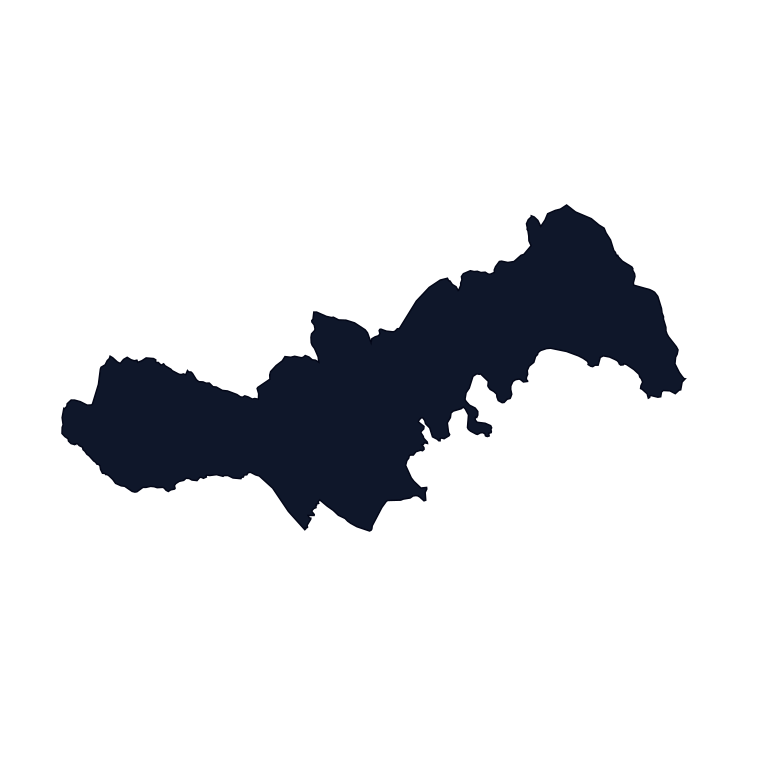 the district of Magu, Mwanza, United Republic of Tanzania, rotated 136°
{"feature_id": "72390352B80484439449184", "entity_name": "Magu", "entity_type": "district", "adm_level": 2, "iso_a3": "TZA", "parent_name": "United Republic of Tanzania", "parent_adm1": "Mwanza", "projection": "equal_earth", "projection_center": [33.405, -2.609], "detail": "fine", "context": "isolated", "style": "filled", "palette": "ink", "viewbox_px": 768, "rotation_deg": 136, "n_neighbors": 0, "source": "geoboundaries", "source_scale": "gbopen_adm2", "svg_char_len": 6171}
<svg xmlns="http://www.w3.org/2000/svg" viewBox="0 0 768 768"><g transform="rotate(136 384 384)"><path d="M117.4,343.2L118.9,349.0L120.0,358.9L126.7,374.7L128.3,385.9L135.7,387.3L140.2,389.9L148.0,392.8L154.3,390.1L161.8,388.4L159.7,394.8L159.9,399.8L161.2,402.7L162.0,401.9L166.0,402.0L170.2,400.3L172.7,396.4L173.5,396.1L174.1,394.1L177.0,390.0L180.3,386.3L182.1,381.3L193.4,380.1L196.0,381.4L205.4,381.8L210.5,385.4L214.1,390.7L215.9,392.0L222.3,390.9L225.4,389.5L227.1,387.6L231.6,389.3L232.8,391.0L233.5,394.1L236.9,396.9L238.5,400.2L241.1,402.3L243.2,405.5L250.3,408.2L253.7,407.5L255.6,404.8L258.8,403.3L260.2,401.7L265.4,399.5L265.8,399.7L264.6,403.9L265.7,408.1L265.0,412.4L265.5,412.8L265.5,414.2L264.9,416.0L271.3,419.7L284.4,422.1L303.1,421.2L334.5,413.2L336.0,414.5L339.2,414.3L341.1,415.1L345.5,420.3L348.1,425.6L349.1,426.2L350.4,425.8L351.9,423.1L354.3,422.5L357.6,424.1L361.3,425.0L364.7,422.6L360.3,432.3L359.9,436.1L362.7,448.4L367.0,456.3L372.1,461.6L374.0,467.2L375.6,468.3L378.5,472.7L382.5,482.5L384.5,484.5L390.0,480.0L391.9,479.8L392.8,478.7L393.2,474.9L395.4,471.5L396.6,470.7L401.3,470.4L404.1,468.3L407.7,464.2L408.8,461.6L409.3,457.8L412.5,449.3L415.8,444.9L416.8,448.8L418.8,451.2L419.2,455.5L420.9,459.2L423.4,459.3L425.2,460.3L429.0,466.0L432.5,468.0L436.2,472.5L441.1,471.3L448.8,472.2L456.9,471.7L460.0,469.8L462.7,466.7L477.1,469.2L478.4,468.9L480.9,464.1L484.9,460.3L487.1,463.4L489.2,464.6L490.7,469.1L492.4,472.2L494.8,472.7L496.2,474.4L497.1,478.6L501.4,487.7L504.8,491.8L506.7,498.3L508.9,500.8L509.0,506.0L511.5,508.3L512.7,511.2L515.6,514.3L516.0,517.4L514.4,524.7L514.5,526.7L516.1,528.4L516.0,530.2L520.2,528.4L521.3,530.6L523.4,531.7L524.7,533.5L527.1,540.7L527.0,542.6L528.8,549.2L528.5,551.6L531.3,552.4L531.4,556.3L532.9,557.7L532.6,558.9L531.4,559.9L532.1,562.4L537.0,568.0L542.2,569.0L546.1,570.7L545.2,572.8L547.5,574.2L549.1,577.2L550.2,581.6L554.3,582.6L559.4,582.0L560.5,585.0L560.9,591.3L561.7,594.3L563.9,593.1L566.8,593.1L571.3,591.5L575.9,592.6L577.6,591.8L589.7,582.1L607.5,572.2L608.9,572.1L612.2,575.0L614.7,582.2L617.7,587.3L620.2,589.8L625.6,589.9L627.8,588.2L631.0,588.2L631.2,588.9L638.9,583.4L643.2,577.5L645.6,576.4L650.0,572.1L650.1,567.9L649.3,564.1L650.6,562.1L650.5,558.5L648.8,555.6L648.5,555.9L647.8,554.9L647.5,555.4L646.0,554.1L646.0,551.3L644.8,548.0L646.1,545.8L645.9,543.4L646.5,539.9L646.0,537.0L646.3,530.4L645.8,528.1L646.2,525.8L645.1,524.2L645.2,522.4L647.2,519.5L648.5,515.4L646.9,513.5L647.0,512.0L646.1,511.3L645.6,509.3L645.4,503.8L646.1,499.0L643.8,493.3L641.6,490.6L639.8,481.7L638.3,479.3L636.6,478.1L629.2,477.1L627.1,475.0L623.0,472.5L620.6,469.7L619.2,467.0L614.9,463.3L614.4,461.8L614.6,459.0L613.8,456.5L611.0,456.0L607.6,453.9L606.7,454.1L605.4,456.5L602.9,457.0L598.9,456.2L595.0,453.8L591.9,453.7L589.8,451.4L588.9,448.4L585.6,444.4L581.4,444.8L580.1,443.5L579.4,441.6L576.4,440.5L575.6,441.7L574.6,441.4L572.9,439.2L567.4,435.1L563.9,429.4L562.4,429.1L559.8,426.5L557.9,421.3L552.7,415.3L551.2,415.8L549.8,414.8L547.8,415.7L545.8,414.0L543.2,414.6L541.3,413.1L539.5,407.8L537.6,404.5L536.4,386.5L541.3,358.7L542.2,334.2L541.0,334.2L540.3,335.3L539.6,334.2L538.5,334.1L537.4,335.8L530.7,337.6L529.8,338.3L530.7,339.6L529.9,342.2L525.6,338.0L524.8,338.6L524.5,342.1L523.7,343.0L521.0,343.2L518.8,342.3L517.4,343.8L516.8,343.7L516.3,344.7L513.9,343.5L513.3,345.0L510.7,345.4L509.7,335.7L508.3,328.4L508.0,321.3L505.4,314.3L505.4,310.6L504.7,306.8L502.6,300.1L496.5,288.3L494.8,287.8L493.4,288.2L490.9,290.2L471.2,296.7L463.8,298.0L462.2,297.6L452.6,288.8L450.1,287.8L444.3,283.8L440.9,283.3L438.7,281.7L437.5,280.3L436.8,278.0L436.4,272.2L434.7,271.4L429.7,277.4L426.2,278.7L425.2,280.0L429.7,283.5L430.1,293.1L429.6,297.5L425.0,310.4L420.8,313.0L417.6,313.5L416.1,314.7L414.5,314.7L412.2,312.5L408.1,313.1L403.8,311.0L402.6,309.2L400.5,309.2L399.4,310.6L399.0,313.8L397.7,313.2L395.7,313.6L394.0,311.0L393.2,312.2L393.1,317.4L392.1,319.1L391.3,323.3L390.2,324.0L386.6,324.1L384.7,325.7L385.6,332.7L384.7,333.5L381.4,333.9L380.0,333.4L379.6,332.3L380.1,329.4L381.7,326.6L381.6,320.7L385.8,312.3L384.1,307.4L384.0,305.1L383.1,304.2L381.7,305.6L380.1,305.2L378.8,302.9L373.2,301.6L371.9,302.0L371.2,304.4L365.4,312.1L359.6,313.7L355.9,316.6L353.0,316.4L345.7,312.6L343.0,312.3L342.8,309.9L344.7,303.1L354.2,294.7L354.8,292.7L354.5,290.0L352.5,283.9L351.8,282.8L348.4,281.8L346.5,280.1L346.1,277.6L347.0,276.4L346.8,275.5L346.0,274.3L344.4,273.6L343.0,275.8L340.7,274.6L339.9,275.1L338.7,277.0L337.0,277.7L336.2,279.9L338.5,285.5L343.6,291.8L343.3,294.7L342.3,296.0L341.1,296.6L340.6,295.5L338.1,296.5L335.6,299.1L335.1,303.4L337.2,309.4L337.0,314.6L336.4,316.7L331.0,320.7L325.6,321.8L314.7,327.7L310.2,326.9L308.7,324.8L307.5,324.2L307.1,313.4L310.6,310.5L311.0,309.3L311.4,306.4L310.2,302.3L310.0,298.5L311.8,296.2L313.3,292.7L312.0,288.5L310.4,287.3L306.0,287.5L303.3,286.0L302.0,286.5L299.2,287.9L296.6,292.1L294.1,294.5L289.5,296.3L286.4,295.7L283.5,293.8L282.8,292.7L282.3,288.6L278.9,286.1L278.5,286.6L278.5,288.4L276.7,290.0L274.0,291.1L271.6,294.2L267.2,296.0L261.2,295.5L255.8,298.5L253.2,298.5L251.3,299.6L248.1,299.3L242.5,296.6L239.3,294.0L230.1,280.6L224.6,269.2L222.9,264.2L221.9,259.2L222.4,257.1L223.7,256.3L222.9,253.1L221.8,251.5L219.2,251.0L216.9,248.8L210.0,252.9L206.7,251.9L203.0,246.7L200.8,241.1L200.0,238.5L200.2,236.2L200.8,235.2L200.6,233.2L198.6,231.6L197.6,232.0L196.1,229.9L194.2,220.9L193.8,213.8L195.2,211.3L195.2,209.2L196.6,205.7L200.3,204.3L202.6,202.5L202.0,201.0L201.5,194.2L203.7,190.2L202.2,189.8L201.3,190.7L199.9,190.2L196.2,184.3L193.8,182.6L189.9,185.5L187.6,185.3L183.1,180.5L181.2,174.7L176.1,174.6L174.6,173.7L168.2,178.3L163.7,178.5L164.4,179.3L164.3,182.0L163.6,187.0L160.7,196.4L155.6,200.7L152.4,201.8L148.8,204.3L147.8,207.7L146.5,220.2L145.7,223.3L144.3,226.3L141.8,229.0L137.8,236.7L136.2,238.2L134.6,242.0L131.9,245.6L126.2,256.8L125.6,262.0L126.2,264.3L127.2,267.1L135.7,281.6L134.4,283.5L128.8,287.0L127.2,289.2L126.0,293.3L124.9,294.0L124.4,296.0L127.2,306.8L127.1,312.4L126.5,314.3L127.6,314.7L126.1,318.1L126.0,320.3L121.0,330.2L119.3,338.5L117.4,343.2Z" fill="#0f172a" stroke="#020617" stroke-width="1.5"/></g></svg>